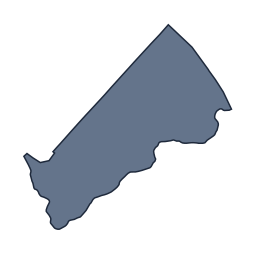 the district of Bucks, Pennsylvania, United States of America, rotated 94°
{"feature_id": "52423323B57053352254999", "entity_name": "Bucks", "entity_type": "district", "adm_level": 2, "iso_a3": "USA", "parent_name": "United States of America", "parent_adm1": "Pennsylvania", "projection": "albers", "projection_center": [-74.98, 40.329], "detail": "fine", "context": "isolated", "style": "filled", "palette": "slate", "viewbox_px": 256, "rotation_deg": 94, "n_neighbors": 0, "source": "geoboundaries", "source_scale": "gbopen_adm2", "svg_char_len": 2215}
<svg xmlns="http://www.w3.org/2000/svg" viewBox="0 0 256 256"><g transform="rotate(94 128 128)"><path d="M22.2,95.0L32.8,103.1L42.5,111.1L44.8,112.9L58.3,123.7L62.2,126.8L63.5,127.8L88.8,147.7L96.9,153.9L114.2,167.8L118.0,170.9L126.6,177.7L136.5,185.4L148.2,194.4L152.1,197.5L156.9,201.2L158.1,199.5L166.1,204.5L168.6,213.1L164.4,220.8L160.5,227.0L163.5,229.9L171.8,224.7L175.2,222.8L177.1,221.9L178.4,221.8L180.8,222.2L181.6,222.1L187.6,220.1L189.7,219.0L194.2,217.7L195.0,217.2L195.4,216.8L195.8,215.3L196.0,214.9L196.3,214.4L196.9,213.8L197.8,213.1L199.9,212.1L201.4,210.9L202.2,209.8L202.9,207.0L204.1,203.9L204.8,202.6L205.8,201.5L206.7,201.2L207.4,201.2L207.6,201.2L208.4,201.5L211.8,202.9L215.1,203.8L216.1,203.8L217.0,203.7L220.5,200.6L222.3,199.4L223.4,198.8L224.4,198.6L227.0,198.8L227.9,198.7L228.5,198.4L232.6,194.6L233.0,194.1L233.5,193.0L233.5,192.8L233.8,191.6L233.8,189.9L233.6,189.1L230.4,184.1L229.4,183.0L227.5,181.7L225.4,180.9L224.6,180.2L224.3,179.7L223.9,178.7L222.9,175.2L221.1,172.0L220.1,169.5L219.9,169.2L217.1,167.0L213.2,164.1L206.5,160.8L205.3,159.7L201.8,158.0L200.1,156.5L198.9,153.5L197.1,149.5L196.2,146.7L195.1,144.1L193.9,141.9L192.9,140.2L189.5,136.4L187.7,134.7L186.4,133.8L185.1,133.0L183.2,132.8L181.8,132.3L179.3,130.3L176.6,127.8L174.9,126.4L173.1,124.7L172.2,123.3L171.9,123.0L171.6,121.3L171.3,117.6L170.6,114.9L169.2,110.8L169.1,110.6L166.3,103.8L165.9,103.1L164.8,102.2L161.1,100.5L160.4,99.9L159.4,98.9L157.3,98.3L156.7,98.4L155.4,99.2L151.6,100.4L149.5,100.8L148.5,100.7L146.2,99.6L144.8,98.5L144.8,98.4L144.4,97.9L144.0,97.6L143.5,97.1L140.8,96.2L140.0,95.5L139.5,94.3L139.3,93.8L138.9,89.9L137.7,84.5L136.8,82.0L136.8,81.6L137.7,78.4L137.5,77.1L137.6,75.6L138.5,74.1L139.1,72.5L139.2,70.7L139.1,68.7L138.3,64.0L138.1,61.8L138.1,58.6L138.3,56.2L138.0,52.4L137.7,51.3L137.4,50.3L134.6,48.1L129.9,42.2L128.6,41.0L125.7,40.0L123.9,39.0L118.6,38.1L117.1,38.3L115.6,39.0L112.5,41.9L111.3,42.3L109.7,42.3L107.9,42.0L105.7,41.1L104.7,40.4L103.2,38.6L102.7,37.9L102.5,37.0L102.4,36.6L102.5,35.8L103.6,34.0L103.8,32.7L103.7,32.3L103.2,28.3L102.0,26.1L85.4,35.5L73.7,44.2L65.2,51.3L64.1,52.0L42.9,69.8L22.2,95.0Z" fill="#64748b" stroke="#1e293b" stroke-width="1.5"/></g></svg>